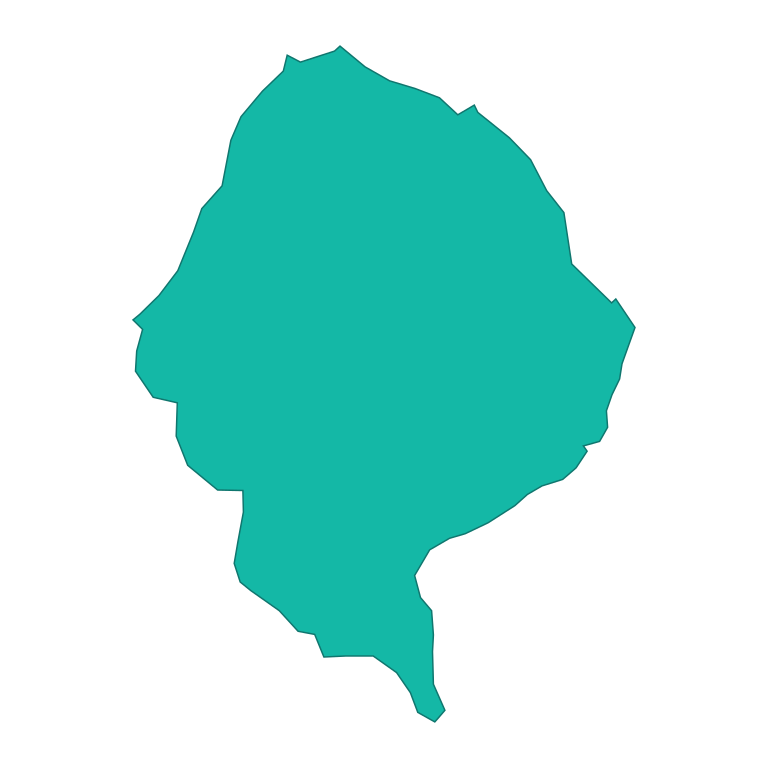 Silikou, Limassol, Cyprus
{"feature_id": "46923920B81520902942446", "entity_name": "Silikou", "entity_type": "district", "adm_level": 2, "iso_a3": "CYP", "parent_name": "Cyprus", "parent_adm1": "Limassol", "projection": "equal_earth", "projection_center": [32.888, 34.83], "detail": "fine", "context": "isolated", "style": "filled", "palette": "teal", "viewbox_px": 768, "rotation_deg": 0, "n_neighbors": 0, "source": "geoboundaries", "source_scale": "gbopen_adm2", "svg_char_len": 1130}
<svg xmlns="http://www.w3.org/2000/svg" viewBox="0 0 768 768"><path d="M474.3,105.1L457.8,114.8L439.5,97.8L415.6,88.7L389.5,80.8L365.1,66.9L340.0,46.1L334.5,51.1L300.4,62.1L287.2,55.2L283.3,71.1L262.5,91.1L241.0,116.7L230.9,140.2L222.1,185.8L201.8,208.6L193.6,232.0L177.8,270.7L158.9,295.6L139.9,314.2L133.0,319.9L142.6,329.4L136.7,351.0L135.5,371.2L153.2,397.3L177.3,402.8L176.2,436.1L187.7,465.3L217.6,490.0L242.9,490.5L243.4,512.1L237.9,541.8L234.2,563.4L240.2,582.0L250.8,590.6L279.3,610.7L298.1,631.3L314.7,634.4L323.9,657.0L345.5,656.0L359.8,656.0L373.2,656.0L396.6,672.6L410.4,692.7L417.8,712.4L434.8,721.9L437.5,718.9L444.9,710.3L433.4,684.2L432.5,651.5L432.9,644.4L433.4,634.9L431.6,610.7L420.5,597.6L414.6,575.5L429.7,549.8L449.5,538.3L465.2,533.7L488.2,522.7L514.9,505.6L527.3,494.5L542.0,485.9L562.7,479.4L576.1,467.8L587.1,451.2L583.4,445.9L599.6,441.4L602.0,437.2L607.6,427.3L606.4,410.8L612.0,394.7L619.6,379.0L622.0,363.8L627.6,348.1L635.0,327.5L615.8,299.0L611.6,302.9L571.7,264.0L563.9,212.6L546.7,190.7L530.6,159.7L509.5,137.9L477.8,112.4L474.3,105.1Z" fill="#14b8a6" stroke="#0f766e" stroke-width="1.5"/></svg>